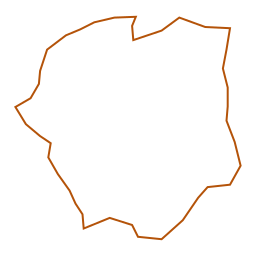 Strovolos, Nicosia, Cyprus
{"feature_id": "46923920B23243787591714", "entity_name": "Strovolos", "entity_type": "district", "adm_level": 2, "iso_a3": "CYP", "parent_name": "Cyprus", "parent_adm1": "Nicosia", "projection": "mercator", "projection_center": [33.346, 35.13], "detail": "fine", "context": "isolated", "style": "outline", "palette": "amber", "viewbox_px": 256, "rotation_deg": 0, "n_neighbors": 0, "source": "geoboundaries", "source_scale": "gbopen_adm2", "svg_char_len": 583}
<svg xmlns="http://www.w3.org/2000/svg" viewBox="0 0 256 256"><path d="M15.4,107.0L25.9,124.2L40.1,136.1L50.7,143.2L48.3,157.4L57.8,174.0L69.6,190.6L75.5,203.6L82.5,214.3L83.7,228.5L109.7,217.9L132.1,225.0L138.0,236.8L161.6,239.2L182.8,220.2L198.2,197.7L207.6,187.1L230.0,184.7L240.6,165.7L234.7,142.0L226.5,120.7L227.7,106.5L227.7,87.5L222.9,68.5L226.5,49.6L230.0,28.2L205.2,27.0L179.3,17.6L161.6,30.6L133.3,40.1L132.1,25.9L135.8,16.8L114.4,17.6L94.3,22.3L80.2,29.4L66.0,35.3L47.1,49.6L40.1,70.9L38.9,83.9L30.6,98.2L15.4,107.0Z" fill="none" stroke="#b45309" stroke-width="2"/></svg>